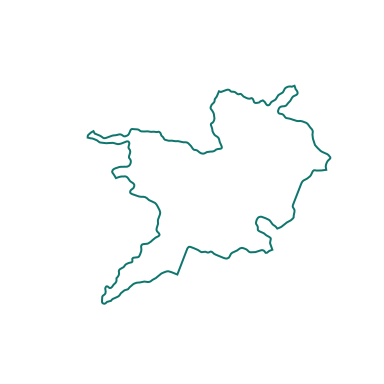 the district of Concepción de la Vega, La Vega, Dominican Republic, rotated 111°
{"feature_id": "3306468B4333912279461", "entity_name": "Concepción de la Vega", "entity_type": "district", "adm_level": 2, "iso_a3": "DOM", "parent_name": "Dominican Republic", "parent_adm1": "La Vega", "projection": "natural_earth1", "projection_center": [-70.509, 19.202], "detail": "fine", "context": "isolated", "style": "outline", "palette": "teal", "viewbox_px": 384, "rotation_deg": 111, "n_neighbors": 0, "source": "geoboundaries", "source_scale": "gbopen_adm2", "svg_char_len": 6020}
<svg xmlns="http://www.w3.org/2000/svg" viewBox="0 0 384 384"><g transform="rotate(111 192 192)"><path d="M274.3,176.1L246.8,176.1L245.6,175.9L244.4,175.3L244.0,174.5L243.8,173.6L243.8,170.2L244.0,165.5L244.7,162.6L244.7,161.4L243.0,158.2L242.9,155.6L242.4,154.7L241.0,153.3L240.8,152.6L240.9,151.5L241.8,149.2L242.0,147.1L242.2,139.0L242.1,137.4L241.8,136.0L241.3,135.2L240.1,134.1L238.9,133.8L235.9,133.5L234.3,132.7L230.5,129.0L227.6,127.1L226.5,125.8L226.1,124.5L226.0,122.1L226.2,120.2L227.3,117.5L227.4,116.6L227.3,115.7L225.4,111.3L222.0,107.1L221.2,105.9L221.0,104.9L221.0,104.0L221.5,102.8L222.4,101.5L222.1,100.8L221.8,100.2L221.1,99.8L219.4,98.8L217.1,96.3L211.9,100.7L210.6,101.1L207.6,101.6L206.9,102.1L206.7,102.4L206.3,103.7L205.8,107.2L204.8,110.1L204.5,115.1L204.3,116.0L203.9,116.8L203.3,117.2L201.6,117.8L200.6,118.4L199.8,119.3L199.0,120.5L198.3,121.0L197.6,121.3L195.4,121.6L194.0,121.5L192.6,121.2L191.8,120.8L191.0,119.9L190.5,119.1L190.2,118.2L190.1,114.1L190.4,110.4L190.6,109.5L191.3,108.2L193.1,105.5L193.5,104.6L194.3,101.5L195.6,99.3L193.8,97.3L192.5,96.1L186.4,92.5L182.9,89.5L180.5,88.3L179.5,88.0L177.1,88.7L173.9,89.2L172.2,89.8L171.1,90.9L170.0,92.4L169.3,92.8L168.1,93.1L145.8,93.0L143.9,92.9L142.5,92.6L141.3,92.0L138.2,89.3L135.0,87.4L133.4,87.0L129.6,86.7L128.9,86.5L128.2,86.1L127.8,85.4L127.2,83.0L125.5,78.9L123.2,74.6L120.3,76.3L118.2,76.7L116.0,76.7L114.3,76.4L111.2,75.0L110.5,75.1L109.9,75.5L108.6,77.9L108.2,79.2L107.9,84.6L107.6,86.5L105.9,90.5L104.2,93.8L103.6,94.4L98.9,98.2L95.3,100.1L92.5,100.8L91.4,101.5L90.6,102.4L89.4,104.7L87.3,107.9L86.9,108.7L86.5,110.1L86.5,114.1L86.8,116.0L87.9,118.8L88.1,119.8L88.5,127.0L89.2,130.6L88.8,131.8L87.4,134.0L87.1,134.8L87.0,136.1L87.5,138.5L87.3,139.3L86.9,139.9L85.9,140.6L84.7,140.8L83.0,140.8L81.7,140.5L80.4,139.5L79.7,138.4L78.8,136.5L78.0,135.5L77.3,135.0L74.2,134.0L71.6,132.9L68.2,132.4L67.0,132.0L66.3,131.6L63.9,129.3L62.8,128.8L62.0,128.8L60.9,129.3L59.8,130.5L58.8,132.2L57.7,133.0L56.1,134.4L57.9,136.5L58.3,138.3L59.2,140.0L60.5,141.3L61.2,141.9L62.4,142.4L65.4,142.7L66.6,143.0L70.6,146.1L75.6,147.1L76.4,147.6L79.2,149.9L80.0,150.3L82.7,150.9L83.3,151.4L83.8,152.0L84.0,152.8L83.9,153.2L83.6,154.0L81.8,156.5L81.1,158.7L82.9,160.7L83.9,161.1L84.5,161.6L85.7,163.6L86.1,164.7L86.1,165.6L85.8,166.3L83.9,167.9L83.4,168.5L83.0,169.6L83.1,170.2L84.1,171.4L84.4,172.1L84.7,173.5L84.7,175.0L84.4,178.1L83.1,180.9L83.0,181.7L83.2,182.3L84.0,183.4L84.2,184.0L84.1,185.1L83.4,187.4L83.4,188.7L84.2,191.2L84.1,192.0L83.4,193.6L83.4,194.4L83.8,195.6L84.3,196.3L88.3,200.9L88.3,202.9L94.0,203.1L97.2,204.0L99.1,203.5L100.3,203.5L103.5,204.9L106.0,205.0L106.8,204.8L107.5,204.4L109.3,201.6L110.9,199.9L111.6,199.4L115.3,197.4L116.9,197.1L118.6,197.2L119.7,197.5L121.2,198.6L121.9,198.6L122.6,198.4L125.6,195.9L127.9,194.6L129.2,193.3L130.6,191.4L130.9,190.5L131.5,187.8L132.3,186.3L133.2,185.5L135.3,184.1L138.7,180.7L139.7,180.1L140.5,180.1L141.1,180.5L141.7,181.4L142.4,182.9L143.1,183.9L143.9,184.8L145.3,185.6L146.2,186.4L146.9,187.5L147.8,189.5L149.4,192.4L151.4,194.1L152.1,195.1L152.4,196.0L152.6,197.4L152.3,199.2L151.4,201.9L151.4,203.2L151.8,204.9L151.8,205.7L151.2,206.9L149.4,209.5L147.8,213.0L147.6,214.4L147.8,215.7L148.7,218.0L149.5,223.2L150.5,225.6L151.3,229.2L152.5,232.1L152.9,235.9L152.6,236.9L151.3,238.4L150.3,240.8L148.9,242.0L148.1,242.8L147.7,243.9L147.7,244.7L148.7,246.4L149.4,249.3L150.5,251.7L151.3,255.3L152.4,257.7L153.5,260.8L153.6,261.9L153.1,263.7L153.0,265.0L154.7,270.6L155.3,271.2L156.0,271.5L160.2,271.7L161.5,272.0L162.6,272.8L164.1,274.5L164.4,275.7L163.9,277.8L163.8,278.7L163.9,279.5L164.2,280.4L166.3,283.5L167.3,285.6L168.1,286.8L172.2,291.5L172.7,292.2L173.3,293.4L173.3,294.2L172.7,296.5L172.4,298.3L172.3,303.8L170.5,305.8L172.5,307.5L175.7,309.2L176.4,309.4L177.2,309.4L178.6,308.9L178.2,305.9L177.7,303.9L177.8,299.4L178.6,296.6L178.7,295.8L178.6,295.1L177.2,289.6L174.5,283.6L174.3,282.2L174.0,278.9L173.7,277.9L173.0,276.7L172.2,275.5L168.1,271.0L167.7,269.8L167.9,269.0L168.7,268.1L169.4,267.8L172.2,267.5L173.3,267.2L173.8,266.8L175.2,264.9L176.5,264.1L177.8,263.8L181.1,263.6L182.2,263.3L182.8,262.8L183.8,261.2L185.0,260.2L186.7,259.7L188.8,259.7L190.4,260.4L191.6,261.6L194.1,267.7L194.8,268.9L197.5,272.2L198.5,273.1L199.3,273.6L200.1,273.9L201.7,273.8L202.3,273.4L204.2,270.6L206.3,268.0L204.1,265.4L203.0,263.8L201.3,259.8L201.3,258.9L201.4,258.0L202.0,256.7L203.8,254.1L204.2,253.2L204.9,250.1L205.5,249.0L206.1,248.4L207.3,248.0L209.0,248.0L210.1,248.5L211.8,249.6L212.9,249.9L214.1,249.8L214.8,249.4L215.0,249.0L215.3,248.2L215.4,246.9L215.2,240.1L214.8,238.1L213.9,235.7L213.6,233.9L213.9,232.0L214.8,229.7L215.0,228.7L215.3,224.1L215.5,222.5L216.3,220.8L217.8,218.9L220.7,215.7L222.6,214.3L224.4,213.9L229.9,213.8L231.2,213.5L233.8,212.3L238.4,212.0L239.7,211.7L240.5,211.3L241.3,210.4L242.3,208.3L243.0,207.4L243.6,207.0L244.3,207.0L245.3,207.5L247.6,209.6L251.2,211.7L253.1,212.6L255.6,214.4L256.2,215.0L258.2,218.9L259.0,219.8L260.1,220.1L261.3,219.9L263.7,218.7L265.5,218.2L268.7,218.1L270.9,218.3L271.7,218.6L272.3,219.2L274.3,223.0L274.8,223.5L275.8,223.8L277.8,222.9L278.5,222.8L279.2,223.1L281.0,225.7L282.7,227.4L283.8,228.1L286.6,228.9L289.4,231.2L290.1,231.7L290.9,232.0L291.7,232.0L292.5,231.8L294.1,230.9L295.8,230.6L297.4,230.8L299.6,231.6L301.6,230.8L302.5,230.6L304.2,230.8L306.7,232.0L309.1,232.6L310.2,233.1L310.7,233.6L311.1,234.4L311.1,235.0L310.5,236.5L310.5,237.6L311.0,238.2L312.0,238.5L313.2,238.4L315.9,236.9L317.7,236.5L318.8,236.8L320.9,238.1L322.1,238.2L326.5,236.8L327.4,236.2L327.8,235.5L327.9,234.7L327.6,233.5L326.8,232.8L325.0,231.9L322.6,228.6L321.4,228.3L320.3,227.7L316.7,224.1L315.6,223.2L314.5,222.7L312.0,222.1L308.1,219.9L305.7,216.9L303.1,216.0L298.7,213.6L296.8,211.5L296.3,210.7L295.1,208.2L292.8,204.6L292.5,203.7L291.9,201.0L291.1,199.5L290.2,198.6L288.1,197.3L285.3,194.9L279.1,191.4L277.1,189.4L275.3,187.3L274.6,186.0L274.4,185.1L274.2,182.1L274.3,176.1Z" fill="none" stroke="#0f766e" stroke-width="2"/></g></svg>